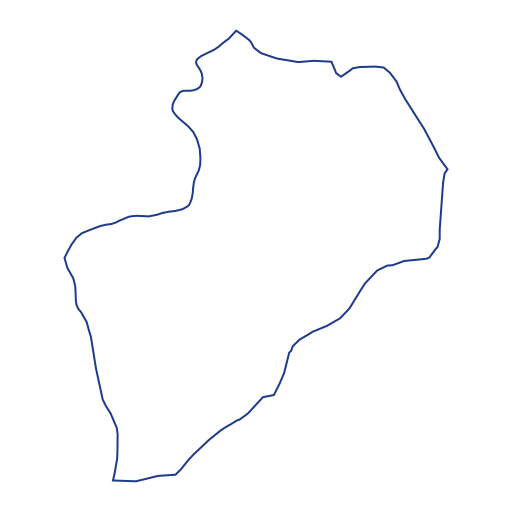 Zunil, Quezaltenango, Guatemala
{"feature_id": "79465075B54074459386490", "entity_name": "Zunil", "entity_type": "district", "adm_level": 2, "iso_a3": "GTM", "parent_name": "Guatemala", "parent_adm1": "Quezaltenango", "projection": "mercator", "projection_center": [-91.503, 14.742], "detail": "fine", "context": "isolated", "style": "outline", "palette": "blue", "viewbox_px": 512, "rotation_deg": 0, "n_neighbors": 0, "source": "geoboundaries", "source_scale": "gbopen_adm2", "svg_char_len": 1944}
<svg xmlns="http://www.w3.org/2000/svg" viewBox="0 0 512 512"><path d="M236.2,30.7L228.9,38.5L222.7,43.2L218.8,46.6L213.9,49.9L208.2,52.6L201.1,56.1L197.2,59.1L196.3,60.9L196.1,62.9L196.8,64.8L199.1,68.2L200.8,71.2L201.8,73.8L202.5,78.1L202.1,81.9L200.8,85.6L199.7,87.2L196.9,89.1L193.8,90.2L190.3,90.7L183.2,90.8L179.8,92.3L178.0,94.8L174.4,100.6L172.7,104.5L172.3,108.9L172.9,111.0L174.7,113.8L177.2,116.7L180.2,119.5L188.1,126.2L193.3,132.1L196.9,139.1L199.7,148.6L200.4,158.0L200.2,164.6L198.9,170.1L195.2,178.0L193.9,182.1L193.1,188.2L192.7,193.4L191.7,198.7L190.2,202.7L189.0,205.1L186.9,206.8L182.4,209.2L175.7,210.9L168.3,211.8L161.9,213.1L156.9,214.8L148.6,216.4L137.1,215.8L132.8,216.1L128.6,216.8L119.3,220.7L116.1,222.4L111.1,224.1L106.5,224.6L100.3,226.0L89.2,230.2L81.9,233.2L76.5,237.6L71.9,244.0L67.7,251.4L64.5,257.9L67.3,267.7L70.7,273.8L73.2,278.1L74.3,282.3L75.3,286.7L75.9,300.7L76.5,304.9L78.4,309.0L81.3,312.5L86.7,322.2L88.9,330.3L90.9,336.8L96.0,368.6L102.7,399.5L106.2,406.5L110.6,413.4L116.8,428.0L117.6,434.1L117.5,448.4L117.2,458.3L114.6,473.5L113.0,480.5L135.9,481.3L158.0,475.9L175.5,474.7L181.1,469.1L188.3,460.1L193.7,454.3L209.2,439.7L220.6,430.5L225.3,427.4L230.9,424.2L236.6,420.6L239.5,419.6L247.9,413.5L262.9,397.2L273.9,395.0L279.6,383.6L284.1,373.1L289.2,352.7L291.1,350.8L292.8,346.2L299.4,339.7L310.0,333.5L312.3,331.9L326.8,325.9L340.1,318.3L349.4,308.5L359.9,291.4L365.1,283.3L377.2,270.5L387.3,265.6L392.5,265.2L404.1,261.0L426.7,258.7L429.4,257.5L435.6,249.1L437.5,247.1L439.7,239.0L439.7,229.6L443.1,182.7L444.6,173.5L447.5,169.2L439.1,157.8L434.4,148.3L424.0,128.7L413.8,112.7L405.2,99.1L402.0,93.4L399.6,88.9L396.6,81.6L389.9,72.7L383.6,67.5L375.4,66.6L359.9,67.0L352.7,68.3L350.4,70.2L341.1,76.7L336.2,73.2L331.5,61.8L329.4,61.6L313.7,60.8L298.3,62.1L276.8,58.5L261.1,53.2L254.0,47.8L251.3,42.7L249.7,40.5L246.1,37.6L241.8,34.4L236.2,30.7Z" fill="none" stroke="#1e3a8a" stroke-width="2"/></svg>